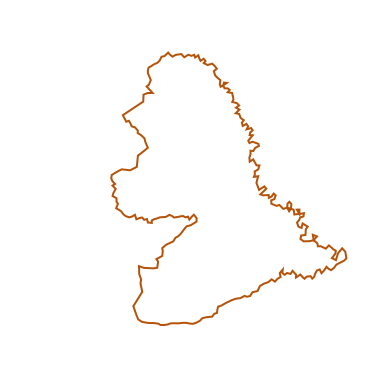 outline of Condor, Rio Grande do Sul, Brazil, rotated 242°
{"feature_id": "56859067B96691975921638", "entity_name": "Condor", "entity_type": "district", "adm_level": 2, "iso_a3": "BRA", "parent_name": "Brazil", "parent_adm1": "Rio Grande do Sul", "projection": "mercator", "projection_center": [-53.503, -28.156], "detail": "fine", "context": "isolated", "style": "outline", "palette": "amber", "viewbox_px": 384, "rotation_deg": 242, "n_neighbors": 0, "source": "geoboundaries", "source_scale": "gbopen_adm2", "svg_char_len": 3908}
<svg xmlns="http://www.w3.org/2000/svg" viewBox="0 0 384 384"><g transform="rotate(242 192 192)"><path d="M60.1,285.4L60.0,294.2L61.0,297.2L67.2,299.3L71.8,298.2L69.4,292.2L64.3,287.1L68.0,284.5L70.3,289.7L72.7,291.4L74.9,290.0L80.6,287.8L79.2,283.5L83.7,280.2L85.0,277.6L87.8,278.6L92.4,276.8L93.3,273.0L96.0,267.4L99.6,265.7L102.4,268.0L100.7,272.0L105.6,274.9L107.1,277.9L112.3,274.9L108.8,271.8L111.5,269.7L115.7,270.4L116.9,273.4L118.7,275.5L118.1,278.9L120.7,280.9L122.2,276.5L124.1,271.8L126.2,272.6L128.7,273.4L130.8,271.5L129.4,268.7L133.5,268.7L134.2,264.7L139.5,263.1L140.1,260.1L144.3,256.6L147.4,258.0L147.1,261.4L149.7,264.3L152.3,263.4L150.6,260.1L150.7,257.1L153.4,258.2L155.6,253.3L157.8,251.2L160.0,259.1L163.0,258.5L162.4,252.2L169.9,253.2L174.9,257.8L176.3,253.8L178.1,255.8L180.7,257.0L180.9,261.1L183.8,264.0L185.2,261.5L188.8,261.4L192.1,261.4L191.7,257.2L195.4,258.8L197.9,261.4L201.0,263.0L199.4,265.4L201.3,268.5L201.2,272.7L203.4,273.2L207.9,269.1L208.3,265.7L210.9,265.8L213.6,272.2L215.2,269.6L217.3,271.3L218.0,274.5L220.7,274.2L221.7,269.7L223.6,272.4L226.6,272.0L226.5,267.8L229.7,268.5L231.1,271.4L234.6,269.7L238.7,270.3L241.0,267.6L242.5,272.6L245.8,270.4L246.3,274.2L249.5,273.3L252.6,269.8L254.2,272.0L257.1,273.0L260.6,273.9L263.3,270.4L264.4,273.1L266.6,272.3L268.3,269.4L271.5,269.6L271.6,266.7L274.3,267.2L277.3,269.6L280.9,268.1L284.1,267.2L288.4,268.0L289.2,271.8L292.7,271.2L295.8,270.1L296.8,265.4L300.3,262.9L301.3,265.4L304.2,264.8L303.8,261.1L306.7,261.2L309.7,261.8L309.3,257.9L312.0,258.4L312.5,255.4L314.9,253.2L314.6,248.4L318.8,247.3L320.7,242.1L320.7,238.3L323.7,237.0L326.3,236.4L324.9,231.5L325.7,228.6L323.1,224.9L322.3,222.1L322.6,218.3L322.3,215.4L322.2,212.1L320.1,210.1L317.6,208.8L310.2,208.2L306.9,204.2L306.5,201.5L297.9,203.7L300.2,199.4L300.7,194.9L294.7,191.4L292.3,167.0L288.6,167.0L284.9,167.0L284.5,169.6L282.2,169.9L278.3,169.6L275.8,172.0L271.7,173.0L269.5,171.7L266.4,173.6L261.8,175.2L257.4,174.2L251.8,173.8L250.2,165.8L249.5,161.3L240.1,155.1L240.2,147.6L245.0,140.6L245.1,135.6L244.7,129.1L242.0,127.1L238.7,126.8L235.2,127.9L235.0,124.8L230.6,126.1L227.9,122.0L225.8,120.0L221.9,122.4L218.9,120.8L216.4,121.1L213.3,117.4L208.7,120.2L204.1,121.1L201.8,122.2L199.1,124.6L198.4,127.9L198.7,130.9L194.0,130.1L193.7,133.3L192.9,136.0L189.9,136.7L189.3,139.5L185.8,138.7L183.6,142.0L185.8,143.2L185.7,145.9L185.0,149.1L184.7,151.8L182.3,157.1L182.4,161.4L180.3,163.0L177.8,164.3L176.9,167.0L175.9,170.3L175.1,172.7L172.7,174.4L172.1,176.9L168.9,176.7L170.3,180.2L171.1,183.0L166.6,183.8L163.7,182.0L163.3,175.2L164.2,171.2L163.0,168.1L160.1,161.7L159.4,158.8L159.4,156.0L157.2,152.2L157.6,144.4L156.4,139.3L153.6,138.5L149.5,135.7L149.5,129.1L146.5,129.4L141.4,125.7L142.7,122.1L147.6,113.9L151.4,110.4L144.3,106.9L138.6,106.0L135.5,103.6L127.2,101.2L118.7,86.6L109.0,85.1L104.7,84.7L100.8,86.9L97.8,90.7L95.9,93.5L94.7,95.9L93.3,98.1L91.5,100.5L89.3,101.8L87.8,104.6L86.6,107.8L86.0,111.5L84.4,114.8L82.4,118.3L80.9,122.2L79.3,125.3L76.8,128.4L75.3,130.7L74.6,134.0L74.6,138.6L75.7,141.9L74.9,145.2L73.7,148.4L72.5,151.2L74.0,154.5L73.5,157.3L76.1,159.1L78.5,161.2L77.9,164.9L78.1,168.7L78.0,173.0L77.8,176.6L77.2,180.7L75.6,184.8L75.6,189.7L73.7,191.3L72.9,194.6L75.1,198.2L73.8,203.4L77.1,207.8L77.3,212.4L76.6,217.0L77.5,221.3L73.9,223.2L75.2,226.5L75.4,230.4L79.2,231.4L80.9,235.7L78.2,233.8L75.5,234.8L75.8,238.0L73.4,240.5L75.2,243.8L70.0,245.1L67.7,243.6L67.9,246.3L68.3,248.9L65.2,249.6L62.6,250.6L63.4,253.6L62.0,257.2L59.1,257.5L59.8,260.2L62.1,262.4L64.0,265.4L63.7,268.4L59.5,268.2L60.7,271.8L62.8,275.6L60.1,276.5L57.7,278.1L58.3,281.7L60.1,285.4ZM130.8,271.5L134.7,274.1L137.6,273.4L136.9,270.9L133.5,268.7L130.8,271.5ZM92.4,276.8L94.1,281.5L97.5,278.6L92.4,276.8ZM122.2,276.5L126.1,278.6L127.2,276.3L122.2,276.5ZM271.5,269.6L272.0,273.9L273.6,271.6L271.5,269.6Z" fill="none" stroke="#b45309" stroke-width="2"/></g></svg>